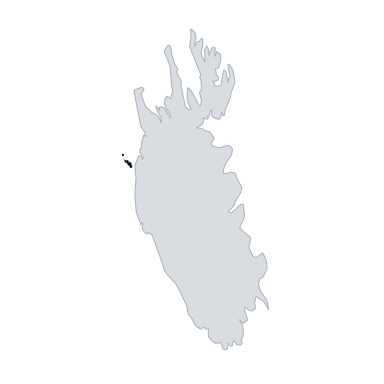 Vestmannaeyjabær, Suðurland, Iceland shown in context, rotated 81°
{"feature_id": "244011B92581391550134", "entity_name": "Vestmannaeyjabær", "entity_type": "district", "adm_level": 2, "iso_a3": "ISL", "parent_name": "Iceland", "parent_adm1": "Suðurland", "projection": "robinson", "projection_center": [-20.315, 63.394], "detail": "fine", "context": "in_parent", "style": "filled", "palette": "ink", "viewbox_px": 384, "rotation_deg": 81, "n_neighbors": 0, "source": "geoboundaries", "source_scale": "gbopen_adm2", "svg_char_len": 5596}
<svg xmlns="http://www.w3.org/2000/svg" viewBox="0 0 384 384"><g transform="rotate(81 192 192)"><path d="M292.8,140.5L296.1,140.7L301.6,139.4L309.3,135.6L312.6,134.7L320.2,134.7L311.1,138.4L307.9,142.5L305.4,144.4L305.5,145.3L312.1,147.8L315.2,147.0L316.5,147.3L317.8,148.4L318.8,150.7L318.4,153.1L316.6,155.5L314.1,157.5L314.5,158.1L316.6,158.4L327.3,157.2L328.6,160.2L329.6,161.1L329.4,162.1L325.3,165.3L330.2,163.3L334.1,162.7L341.0,163.7L343.9,164.9L345.6,166.9L348.9,166.2L350.6,167.4L350.7,168.6L349.3,171.9L345.4,173.6L347.9,176.0L350.0,176.1L350.4,176.6L350.2,178.1L347.2,179.8L352.5,181.6L353.1,182.3L352.9,184.5L352.1,185.7L350.6,186.4L346.9,186.5L344.7,187.3L345.5,188.7L345.0,192.5L342.2,195.6L339.5,197.3L336.9,198.4L329.4,197.2L329.8,199.8L327.2,201.5L327.8,202.9L328.7,203.6L328.4,205.4L325.1,209.0L322.8,210.2L318.0,211.6L311.2,215.0L304.2,214.9L287.2,219.7L280.5,222.3L268.5,230.0L263.4,232.0L254.7,233.0L228.3,238.1L225.4,241.1L225.3,241.8L226.5,242.9L224.5,245.1L220.6,246.7L218.7,246.6L215.4,245.3L215.0,246.0L216.3,247.6L203.4,250.2L185.4,248.8L169.5,245.1L156.9,244.3L148.0,239.1L147.8,238.3L148.7,236.7L151.9,236.0L150.4,234.4L145.0,237.2L143.3,237.1L141.0,236.0L140.9,234.9L136.5,234.5L128.7,231.1L128.2,230.4L130.0,229.3L129.7,229.1L125.5,229.3L119.4,232.3L83.3,233.5L82.1,231.9L80.7,225.9L82.0,223.4L83.5,223.6L87.7,227.0L97.4,225.1L101.3,223.9L105.0,220.6L107.0,219.5L110.0,215.4L113.0,212.9L119.1,211.7L113.7,210.9L104.6,214.2L101.5,214.2L102.9,212.8L106.1,211.2L103.9,211.0L103.1,210.3L103.1,208.8L104.7,206.3L115.4,201.9L112.9,201.0L105.5,204.4L100.1,205.6L95.7,204.0L93.6,201.9L93.8,201.0L96.4,198.4L96.0,197.9L94.2,197.6L89.5,195.2L82.0,195.4L63.4,194.0L49.3,197.4L46.0,195.8L43.3,192.5L43.9,191.2L46.4,190.4L53.2,190.5L63.4,188.9L68.0,187.0L69.8,187.5L70.6,188.4L76.8,186.9L80.2,185.3L85.7,186.1L106.7,185.2L109.4,183.0L110.5,180.5L110.1,179.9L102.3,182.3L100.6,182.3L91.7,181.0L88.5,179.6L89.6,178.5L94.3,176.0L106.4,171.9L108.1,171.1L108.3,170.1L103.6,168.4L94.5,168.9L92.3,166.8L84.8,165.6L79.8,166.3L77.2,165.1L47.7,171.6L38.2,168.6L31.4,168.1L30.9,167.2L34.9,164.3L37.6,163.8L40.4,164.0L45.5,166.0L49.1,166.7L44.7,163.7L44.5,160.9L43.2,160.2L41.8,158.3L42.4,157.7L47.8,158.1L56.3,161.3L60.6,160.7L66.1,158.7L53.8,157.5L50.1,154.9L52.9,153.6L59.2,153.7L52.3,149.3L52.0,148.5L53.2,146.6L62.0,148.3L57.4,145.7L57.3,145.1L58.6,144.6L59.4,143.0L61.6,142.3L66.1,142.9L73.0,145.9L73.9,146.8L74.1,149.9L76.9,149.4L80.1,149.8L82.8,147.7L84.7,148.2L86.1,150.1L85.9,154.2L87.8,152.8L91.0,152.7L91.6,149.3L91.0,146.5L80.5,143.4L76.4,141.1L76.9,140.4L79.0,139.7L90.0,139.1L85.3,137.8L84.2,136.4L75.8,136.9L71.6,136.4L71.5,135.7L73.2,134.6L78.3,132.5L87.9,132.3L91.8,132.9L99.2,137.6L105.1,139.5L115.0,145.8L121.4,148.2L121.7,148.8L120.6,149.6L118.1,150.4L121.9,151.5L124.2,153.2L124.4,153.9L122.2,159.0L119.8,160.6L113.9,159.7L115.3,161.3L119.5,163.0L120.4,164.0L119.8,164.9L121.8,164.6L122.5,165.2L121.5,168.1L120.4,169.1L124.0,169.7L126.4,171.1L129.3,177.0L130.9,172.5L131.8,170.8L133.2,170.2L135.0,165.7L139.0,163.0L142.7,161.9L146.5,165.1L149.2,165.4L152.1,159.8L152.5,155.7L151.6,151.2L152.1,147.9L154.0,146.0L156.5,145.4L161.8,147.3L166.3,151.8L172.9,156.7L177.6,158.0L178.4,157.8L179.2,156.2L178.5,149.8L180.6,146.3L186.1,145.5L194.4,142.3L196.3,142.2L200.4,144.1L207.9,150.5L213.1,153.6L215.9,158.4L217.2,159.3L218.3,157.7L218.4,155.6L211.9,145.7L211.8,144.3L212.4,143.2L223.8,143.8L226.3,144.9L234.4,150.5L238.2,148.2L245.8,141.5L248.4,141.7L255.1,144.4L257.7,144.2L265.3,141.8L266.9,138.7L263.4,132.3L264.7,131.0L271.8,129.4L279.5,129.7L287.6,135.6L288.0,138.4L292.8,140.5Z" fill="#d9dde1" stroke="#a8b0b8" stroke-width="1"/><path d="M155.6,248.4L155.4,248.3L155.5,248.3L155.5,248.2L155.4,248.2L155.3,248.3L155.2,248.3L154.9,248.5L154.7,248.5L154.4,248.5L154.2,248.5L153.9,248.6L153.7,248.6L153.4,248.7L153.3,248.8L153.4,248.7L153.4,248.8L153.5,248.9L153.7,249.0L153.7,249.3L153.8,249.4L153.7,249.4L153.8,249.6L154.0,249.9L154.2,250.0L154.3,250.1L154.4,250.3L154.2,250.3L153.9,250.4L153.9,250.5L154.0,250.5L154.3,250.6L154.4,250.4L154.5,250.3L154.6,250.2L154.8,250.2L154.7,250.0L154.8,249.9L154.7,249.9L154.8,249.7L155.1,249.6L155.3,249.6L155.5,249.5L155.7,249.4L155.8,249.3L155.9,249.2L156.0,249.1L156.0,248.9L155.9,248.8L155.7,248.7L155.4,248.7L155.1,248.6L154.9,248.7L155.0,248.7L154.9,248.7L154.7,248.7L154.8,248.7L154.8,248.8L154.8,248.7L154.8,248.8L154.7,248.7L154.6,248.8L154.5,248.7L154.4,248.7L154.5,248.7L154.8,248.6L155.0,248.6L155.2,248.4L155.3,248.4L155.3,248.5L155.5,248.4L155.6,248.4ZM144.9,254.2L144.7,254.1L144.3,254.2L144.2,254.3L144.3,254.4L144.5,254.6L144.8,254.6L145.0,254.5L145.0,254.4L144.9,254.2L144.9,254.2ZM157.7,247.7L157.4,247.8L157.4,248.0L157.5,248.0L157.7,247.9L157.8,247.9L157.7,247.9L157.8,247.8L157.7,247.7ZM157.2,248.4L157.2,248.5L157.1,248.4L157.1,248.5L156.9,248.5L157.0,248.7L157.3,248.6L157.2,248.5L157.3,248.5L157.2,248.4L157.2,248.4ZM151.8,250.4L151.7,250.4L151.6,250.5L151.8,250.6L152.0,250.6L151.9,250.6L151.8,250.4ZM153.2,250.8L153.0,251.0L153.3,251.0L153.3,250.9L153.2,250.8ZM152.0,252.0L151.9,251.9L151.9,252.0L152.0,252.1L152.0,252.0ZM151.8,250.8L151.7,250.8L151.8,250.8L151.7,250.9L151.8,250.9L151.8,250.8ZM150.8,253.3L150.9,253.2L150.8,253.3L150.8,253.3ZM150.8,253.0L150.7,253.1L150.8,253.1L150.8,253.0ZM152.9,248.7L152.9,248.8L152.9,248.7L152.9,248.7ZM147.9,253.7L147.8,253.8L147.9,253.7L147.9,253.7ZM151.8,250.9L151.7,250.9L151.8,250.9ZM154.2,248.5L154.3,248.4L154.2,248.4L154.2,248.5L154.2,248.5ZM155.8,248.1L155.7,248.1L155.8,248.1L155.8,248.1Z" fill="#0f172a" stroke="#020617" stroke-width="1.5"/></g></svg>